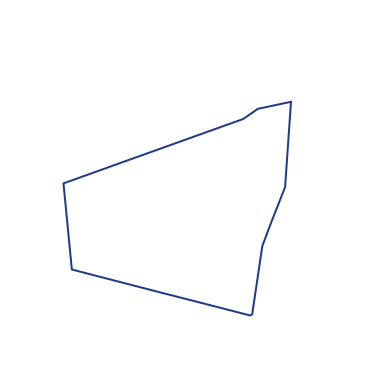 Lebanon, Pennsylvania, United States of America (Mercator projection), rotated 301°
{"feature_id": "52423323B26378856844505", "entity_name": "Lebanon", "entity_type": "district", "adm_level": 2, "iso_a3": "USA", "parent_name": "United States of America", "parent_adm1": "Pennsylvania", "projection": "mercator", "projection_center": [-76.461, 40.376], "detail": "fine", "context": "isolated", "style": "outline", "palette": "blue", "viewbox_px": 384, "rotation_deg": 301, "n_neighbors": 0, "source": "geoboundaries", "source_scale": "gbopen_adm2", "svg_char_len": 341}
<svg xmlns="http://www.w3.org/2000/svg" viewBox="0 0 384 384"><g transform="rotate(301 192 192)"><path d="M133.2,77.4L63.7,128.9L68.7,146.1L89.3,215.6L105.5,269.8L116.1,305.4L118.1,306.6L181.9,280.1L205.8,275.7L244.1,269.3L320.3,230.4L297.2,205.6L281.0,198.3L179.6,115.3L133.2,77.4Z" fill="none" stroke="#1e3a8a" stroke-width="2"/></g></svg>